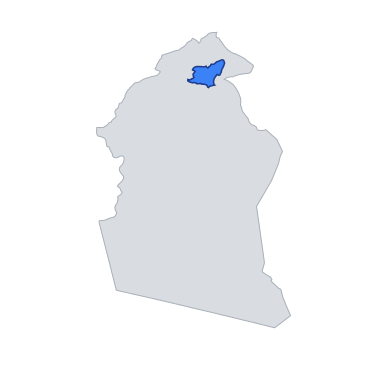 Tandjilé on a map of Chad (Albers equal-area conic projection), rotated 167°
{"feature_id": "TCD-1487", "entity_name": "Tandjilé", "entity_type": "Prefecture", "adm_level": 1, "iso_a3": "TCD", "parent_name": "Chad", "parent_adm1": "", "projection": "albers", "projection_center": [16.631, 9.621], "detail": "fine", "context": "in_parent", "style": "filled", "palette": "blue", "viewbox_px": 384, "rotation_deg": 167, "n_neighbors": 0, "source": "natural_earth", "source_scale": "10m", "svg_char_len": 6138}
<svg xmlns="http://www.w3.org/2000/svg" viewBox="0 0 384 384"><g transform="rotate(167 192 192)"><path d="M287.8,113.3L288.0,121.6L288.2,130.0L288.3,138.4L288.5,146.8L288.7,155.3L288.9,163.7L289.1,172.1L289.3,180.6L289.3,183.4L289.1,184.5L288.7,184.8L284.3,184.2L282.4,184.2L279.7,184.8L275.7,185.2L273.2,185.2L271.4,186.7L270.1,188.4L270.8,192.6L270.7,194.0L270.2,195.5L269.0,196.7L267.8,197.8L267.1,198.6L266.2,200.6L265.6,201.5L265.7,202.7L265.5,203.9L264.8,204.6L262.9,205.1L261.7,205.7L260.8,206.6L260.2,207.3L260.5,208.1L261.0,209.3L261.3,211.2L261.5,212.3L262.4,213.2L263.0,213.8L263.2,214.6L262.7,215.3L260.5,216.7L259.6,217.2L258.5,217.9L258.1,218.2L256.5,219.5L255.7,220.7L255.3,221.6L255.3,222.9L256.2,224.9L257.2,226.6L257.5,227.8L257.8,229.2L257.7,230.5L257.3,231.7L256.4,232.7L253.4,234.7L251.8,236.9L250.7,239.5L250.4,240.9L250.7,241.8L251.4,242.6L252.3,243.0L253.7,243.1L255.9,242.6L258.0,242.3L260.2,243.2L261.4,245.4L261.0,247.0L261.9,249.8L262.7,253.3L262.7,254.5L263.0,254.9L264.4,255.1L264.7,255.9L264.4,262.0L265.0,263.7L266.0,264.9L267.1,265.5L268.1,266.3L268.7,266.9L269.9,267.0L271.3,268.1L271.7,269.6L271.6,271.0L270.9,274.1L270.3,276.2L269.5,276.1L267.8,275.6L265.9,275.2L263.4,274.9L261.1,275.8L258.6,276.9L257.8,277.7L257.1,278.2L256.0,278.2L255.0,278.3L254.5,279.1L253.6,280.0L250.0,281.8L249.2,282.5L248.8,283.2L248.8,283.9L249.2,285.3L249.2,287.1L248.4,288.6L247.5,289.6L246.4,290.0L245.5,290.2L245.0,290.8L243.1,294.2L242.3,294.8L240.6,294.7L235.9,299.8L235.5,301.2L233.8,303.3L231.6,305.7L229.6,306.8L229.4,307.3L228.9,307.7L227.7,308.2L223.5,311.1L218.4,311.0L216.2,312.1L214.0,312.7L210.8,313.2L209.9,313.2L205.8,313.5L201.0,313.4L199.2,313.8L197.4,314.9L196.2,315.8L196.0,316.2L196.2,316.6L196.1,316.9L199.5,319.1L200.4,320.3L199.5,321.4L199.1,321.5L198.5,322.5L196.6,325.1L193.6,328.2L192.1,329.1L191.5,329.6L190.7,331.7L190.2,332.0L188.1,332.2L184.0,332.5L178.4,333.2L175.0,333.4L172.9,333.2L169.9,334.6L168.9,335.0L168.2,335.1L165.3,336.5L162.9,338.6L162.0,339.0L158.6,339.9L157.2,341.4L156.6,341.5L154.4,339.6L152.9,337.8L152.1,336.1L152.0,335.5L151.6,335.6L150.4,336.4L149.4,337.3L148.9,339.0L145.3,340.1L142.3,341.1L140.9,342.3L138.8,342.9L136.1,342.7L133.9,342.2L131.9,342.0L132.9,340.5L133.3,339.3L133.4,337.9L133.2,337.0L132.0,336.5L131.2,335.7L129.4,331.3L127.6,326.8L125.1,322.3L122.3,319.4L120.3,317.6L119.6,317.4L118.6,316.9L117.9,316.3L114.2,313.3L110.4,309.9L109.4,308.3L107.5,306.0L105.4,303.6L104.3,302.5L103.8,300.5L105.3,298.7L106.9,296.5L108.8,295.0L111.3,295.0L115.5,295.6L119.9,295.8L124.4,295.4L125.5,295.1L126.6,295.1L129.0,295.6L133.2,295.5L135.3,294.6L133.0,293.1L130.5,290.6L128.2,288.0L126.8,285.5L125.6,282.4L124.4,278.5L123.7,273.5L123.8,270.7L124.2,268.7L125.4,265.4L124.6,263.4L124.8,261.9L124.7,259.6L124.3,258.4L122.7,254.6L122.4,254.1L121.0,251.5L120.4,247.0L118.8,244.1L116.3,242.7L114.8,241.0L114.3,237.9L113.3,237.1L109.3,236.0L105.9,236.0L103.5,232.5L100.4,228.1L97.5,224.0L95.7,215.8L94.7,211.1L95.9,209.7L98.3,206.4L101.4,200.1L108.3,190.3L111.9,185.3L118.9,177.8L127.5,168.6L132.4,163.4L133.2,154.0L134.0,144.0L134.7,136.5L135.5,127.6L136.1,120.1L136.6,114.7L137.3,107.0L137.9,105.6L141.2,99.6L141.5,98.7L140.9,97.7L136.1,92.6L134.7,91.5L133.8,88.8L135.0,87.4L129.4,78.8L128.0,77.8L127.4,76.7L127.3,75.2L127.2,69.3L125.7,60.0L123.8,49.3L130.5,46.3L135.5,44.0L142.0,41.1L147.9,44.1L156.6,48.5L165.3,52.9L173.9,57.2L182.6,61.6L191.3,65.9L200.0,70.3L208.7,74.6L217.5,78.9L226.2,83.3L235.0,87.6L243.7,91.9L252.5,96.2L261.3,100.5L270.1,104.7L278.9,109.0L287.8,113.3Z" fill="#d9dde1" stroke="#a8b0b8" stroke-width="1"/><path d="M150.0,311.5L149.9,311.3L149.9,311.0L149.7,310.4L148.9,309.6L148.8,309.4L148.5,309.3L148.3,309.4L147.8,310.0L147.6,310.1L147.3,310.3L146.9,310.4L146.5,310.5L145.8,310.8L145.6,310.9L145.5,311.0L145.3,311.3L145.1,311.7L144.8,312.0L144.7,312.1L144.4,312.2L142.6,311.6L142.4,311.6L142.2,311.6L141.8,311.7L141.4,311.9L138.6,313.3L138.3,313.4L137.9,313.4L137.2,313.3L134.1,314.0L133.7,314.0L133.2,314.0L132.9,314.0L132.7,313.9L132.1,313.7L131.7,313.3L131.5,312.9L131.4,312.6L131.4,311.6L131.4,311.1L131.3,310.5L131.3,310.4L131.2,310.3L131.3,310.1L131.6,309.6L131.8,309.4L132.4,308.4L132.7,307.9L132.8,307.6L133.0,307.5L133.1,307.3L133.2,307.2L133.4,307.1L133.5,307.0L133.7,306.8L133.8,306.4L134.2,305.9L135.6,304.5L135.7,304.4L136.2,302.8L136.3,302.6L136.5,302.3L138.6,299.7L138.9,299.7L139.1,299.7L139.7,299.8L140.1,299.9L141.1,300.7L141.2,300.9L141.3,300.8L144.8,297.6L144.9,297.4L145.8,295.7L146.2,294.4L146.4,293.4L146.3,293.0L146.4,292.0L146.4,291.8L146.3,291.7L146.1,291.3L145.9,291.1L150.1,291.1L151.2,290.9L152.4,290.0L152.5,290.0L152.7,290.3L152.8,290.4L153.0,290.6L153.2,290.8L153.2,291.0L153.2,291.4L153.2,291.9L153.2,292.0L153.3,292.1L153.5,292.3L153.6,292.8L153.7,293.0L153.9,293.2L155.2,293.8L155.3,293.9L155.4,294.0L155.5,294.2L155.7,294.3L155.8,294.4L156.0,294.4L156.7,294.4L156.9,294.5L157.2,294.7L157.4,294.7L157.8,294.8L158.3,294.8L158.5,295.1L158.9,295.3L159.0,295.4L159.1,295.8L159.3,295.9L159.4,296.0L159.5,296.0L160.5,295.9L161.1,296.0L161.8,296.1L162.1,296.2L162.3,296.3L162.5,296.4L162.8,296.4L163.0,296.4L163.2,296.5L163.4,297.0L163.5,297.1L163.7,297.3L164.3,297.7L164.7,297.9L164.9,298.0L165.0,298.1L165.4,298.0L165.7,298.1L165.9,298.1L166.2,298.3L166.4,298.3L166.5,298.3L166.8,298.3L167.0,298.3L168.6,299.1L170.4,300.4L170.8,300.8L171.1,301.2L171.1,301.4L171.1,301.6L170.7,302.6L170.4,302.4L170.1,302.3L169.9,302.2L169.6,302.1L169.4,301.8L169.3,301.7L169.2,301.7L168.9,301.6L168.6,301.7L168.2,302.0L167.8,302.0L167.5,302.0L167.4,302.0L167.2,302.0L166.9,302.3L166.4,302.4L166.2,302.4L165.4,302.4L165.2,302.5L164.6,302.9L164.4,303.0L164.3,303.3L164.3,303.5L164.5,303.6L164.6,303.8L164.6,304.0L164.7,304.4L164.5,304.9L164.5,305.3L164.5,305.6L164.6,306.1L164.6,306.3L164.5,306.5L164.4,306.7L161.9,308.6L161.8,308.9L161.9,309.1L162.1,309.3L163.8,310.6L164.0,310.7L164.1,310.9L164.0,311.1L162.6,312.5L160.6,313.2L159.6,313.2L159.1,313.2L155.9,312.4L155.3,312.2L154.3,312.0L154.1,311.8L153.3,311.5L152.5,311.3L152.0,311.2L151.5,311.2L150.3,311.4L150.0,311.5Z" fill="#3b82f6" stroke="#1e3a8a" stroke-width="1.5"/></g></svg>